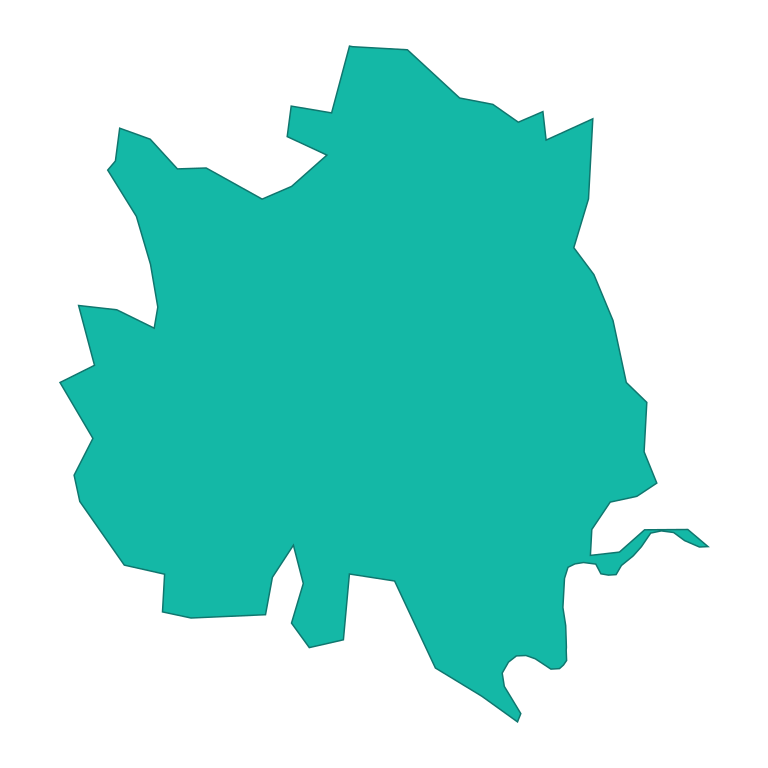 the district of Buka, Tashkent, Uzbekistan, rotated 270°
{"feature_id": "79887680B42380635367979", "entity_name": "Buka", "entity_type": "district", "adm_level": 2, "iso_a3": "UZB", "parent_name": "Uzbekistan", "parent_adm1": "Tashkent", "projection": "albers", "projection_center": [69.118, 40.699], "detail": "fine", "context": "isolated", "style": "filled", "palette": "teal", "viewbox_px": 768, "rotation_deg": 270, "n_neighbors": 0, "source": "geoboundaries", "source_scale": "gbopen_adm2", "svg_char_len": 1332}
<svg xmlns="http://www.w3.org/2000/svg" viewBox="0 0 768 768"><g transform="rotate(270 384 384)"><path d="M718.2,407.4L721.3,352.6L721.9,349.5L655.1,331.6L661.9,291.2L631.4,287.2L612.9,326.9L581.6,291.6L568.9,262.1L600.0,206.2L599.1,177.4L628.8,150.2L639.8,119.7L607.0,115.4L597.9,107.7L551.6,136.4L503.7,150.5L460.9,157.8L439.8,154.2L458.2,116.8L462.5,78.6L402.7,94.5L385.5,60.0L329.6,92.9L292.8,74.1L266.5,79.8L202.9,124.3L193.8,164.6L156.1,162.5L150.0,191.0L153.3,265.5L190.7,272.4L222.8,293.4L184.5,303.3L144.9,291.5L120.4,309.3L128.2,343.4L194.0,349.4L187.0,394.6L100.0,435.4L71.7,481.9L46.1,517.5L49.4,518.8L54.4,520.8L70.3,511.2L81.6,504.3L94.9,502.2L105.9,508.5L112.1,516.4L112.5,526.0L109.2,535.3L98.9,550.9L99.4,559.5L103.0,563.5L107.5,566.6L117.9,566.2L120.7,566.4L142.4,565.7L160.5,562.9L189.6,564.5L200.7,568.0L204.1,574.9L205.5,583.5L203.9,595.8L194.2,600.9L192.9,608.4L193.4,616.1L202.5,621.4L212.2,633.3L221.3,641.4L234.9,650.7L237.1,661.3L235.5,673.6L227.4,684.6L221.0,699.4L221.4,708.0L238.5,687.8L238.2,644.6L215.9,619.4L212.6,590.4L238.5,591.8L265.9,610.2L271.7,636.9L284.9,656.8L316.2,644.1L365.6,646.8L385.5,626.3L447.5,613.0L493.4,593.9L520.3,573.8L569.1,588.5L649.2,592.8L627.9,546.1L656.4,542.9L645.8,518.3L663.6,492.9L670.0,459.6L718.2,407.4Z" fill="#14b8a6" stroke="#0f766e" stroke-width="1.5"/></g></svg>